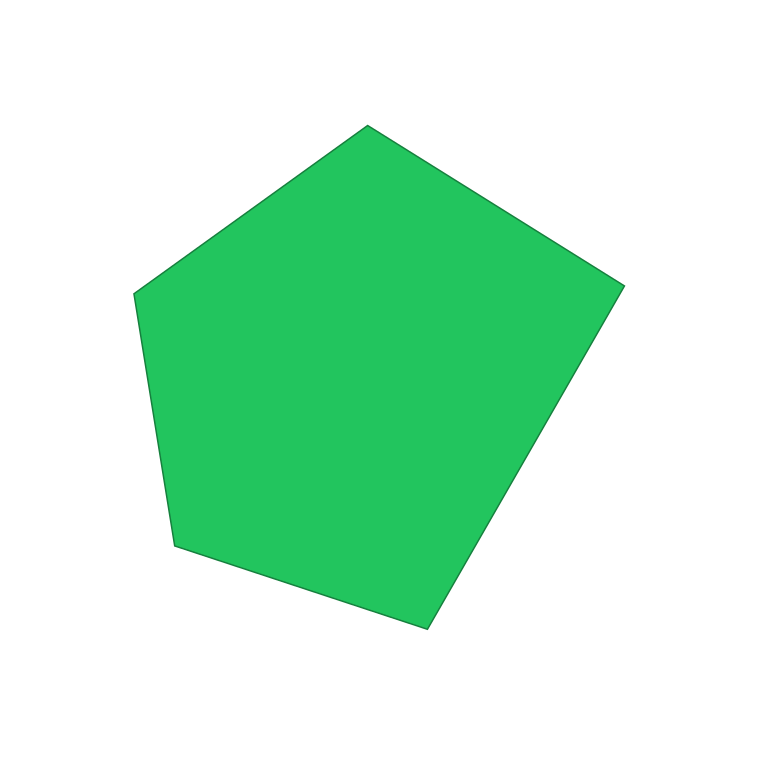 the district of Khanabad city, Andijon, Uzbekistan, rotated 334°
{"feature_id": "79887680B68939090872138", "entity_name": "Khanabad city", "entity_type": "district", "adm_level": 2, "iso_a3": "UZB", "parent_name": "Uzbekistan", "parent_adm1": "Andijon", "projection": "albers", "projection_center": [72.986, 40.823], "detail": "fine", "context": "isolated", "style": "filled", "palette": "green", "viewbox_px": 768, "rotation_deg": 334, "n_neighbors": 0, "source": "geoboundaries", "source_scale": "gbopen_adm2", "svg_char_len": 243}
<svg xmlns="http://www.w3.org/2000/svg" viewBox="0 0 768 768"><g transform="rotate(334 384 384)"><path d="M643.1,401.3L482.6,144.5L198.8,193.3L124.9,437.8L315.5,623.5L643.1,401.3Z" fill="#22c55e" stroke="#15803d" stroke-width="1.5"/></g></svg>